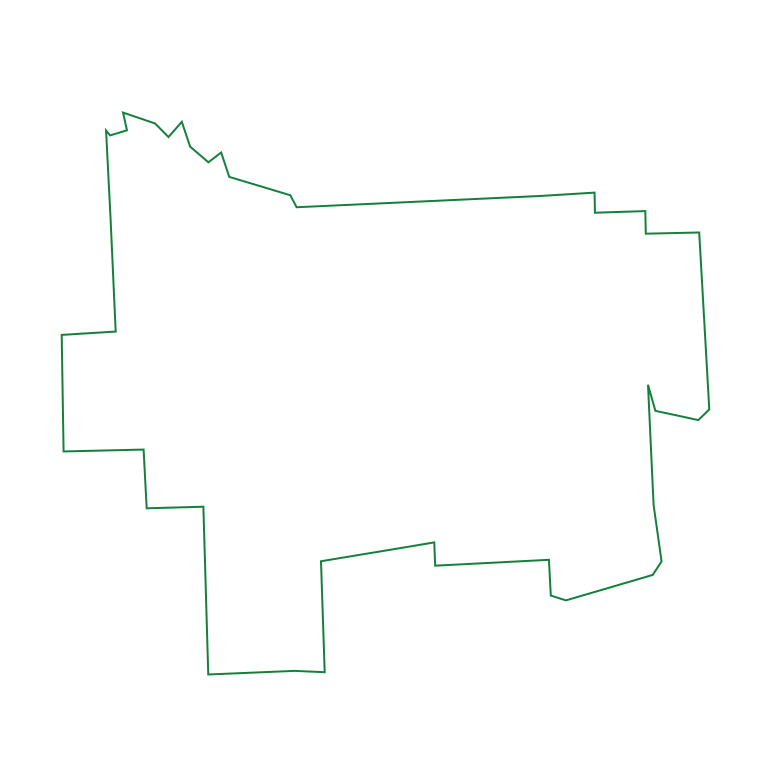 Livingston, New York, United States of America, rotated 87°
{"feature_id": "52423323B89765058067018", "entity_name": "Livingston", "entity_type": "district", "adm_level": 2, "iso_a3": "USA", "parent_name": "United States of America", "parent_adm1": "New York", "projection": "natural_earth1", "projection_center": [-77.807, 42.73], "detail": "fine", "context": "isolated", "style": "outline", "palette": "green", "viewbox_px": 768, "rotation_deg": 87, "n_neighbors": 0, "source": "geoboundaries", "source_scale": "gbopen_adm2", "svg_char_len": 677}
<svg xmlns="http://www.w3.org/2000/svg" viewBox="0 0 768 768"><g transform="rotate(87 384 384)"><path d="M434.6,707.5L436.9,627.5L495.7,627.5L497.1,570.8L664.9,574.7L665.8,488.3L668.7,458.3L557.7,456.2L544.8,342.1L568.1,342.4L568.2,228.5L604.0,228.5L609.6,213.7L588.7,125.6L575.7,116.1L519.0,121.1L398.6,120.4L425.0,114.4L436.5,72.0L426.4,60.5L249.2,61.3L247.6,114.7L225.0,114.0L224.0,164.4L203.9,163.7L204.4,217.6L202.9,462.0L190.6,467.7L169.1,527.7L144.3,534.5L153.4,547.8L136.8,565.2L111.6,572.2L126.1,586.3L111.9,598.9L99.3,630.4L117.2,627.4L121.4,644.5L116.3,648.3L204.2,648.4L317.6,649.2L318.1,703.3L434.6,707.5Z" fill="none" stroke="#15803d" stroke-width="2"/></g></svg>